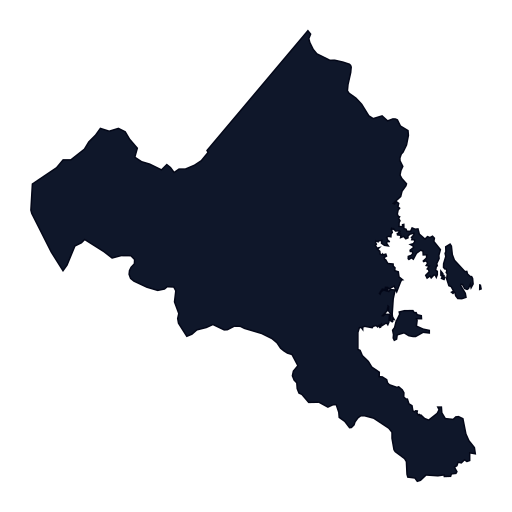 the district of Konawe Utara, Sulawesi Tenggara, Indonesia
{"feature_id": "22746128B68991025063444", "entity_name": "Konawe Utara", "entity_type": "district", "adm_level": 2, "iso_a3": "IDN", "parent_name": "Indonesia", "parent_adm1": "Sulawesi Tenggara", "projection": "natural_earth1", "projection_center": [122.267, -3.419], "detail": "fine", "context": "isolated", "style": "filled", "palette": "ink", "viewbox_px": 512, "rotation_deg": 0, "n_neighbors": 0, "source": "geoboundaries", "source_scale": "gbopen_adm2", "svg_char_len": 6104}
<svg xmlns="http://www.w3.org/2000/svg" viewBox="0 0 512 512"><path d="M63.0,270.7L67.0,265.1L74.9,246.0L81.4,242.8L84.7,239.5L104.0,251.7L112.1,258.0L121.1,255.6L130.9,255.7L134.6,259.5L134.4,263.8L131.1,267.3L129.5,270.6L129.1,274.3L130.6,278.4L133.9,281.1L146.9,287.2L157.7,290.4L164.5,289.0L167.2,286.7L173.8,287.0L175.8,290.8L174.5,301.9L178.8,313.5L177.7,318.5L178.5,323.2L186.8,336.3L191.9,334.2L196.8,329.9L206.3,327.5L212.9,324.5L224.2,329.9L227.4,329.7L234.2,326.2L240.3,326.3L244.5,328.4L261.7,333.5L272.0,338.6L277.0,342.8L280.6,348.2L283.8,350.8L287.4,353.1L292.0,354.5L297.9,365.7L293.4,371.1L292.4,375.8L294.2,380.2L296.8,382.8L297.2,388.6L299.0,393.1L301.9,394.4L308.7,402.4L318.9,402.2L327.9,407.1L332.8,404.8L336.2,404.6L338.8,412.3L339.2,417.4L344.8,421.4L349.6,427.7L351.4,427.5L354.0,424.9L355.0,421.9L357.9,417.9L360.7,415.8L364.7,415.8L373.7,418.2L388.8,428.2L392.0,432.2L392.0,438.3L394.0,449.7L395.2,451.6L404.6,458.6L406.4,461.6L407.0,474.3L407.8,477.1L414.9,478.0L417.3,481.3L420.5,480.3L426.1,475.0L437.9,475.8L444.0,474.9L444.3,476.5L450.6,476.3L451.4,473.9L455.9,473.4L456.9,471.7L454.4,467.2L456.9,465.7L458.1,462.2L461.3,462.9L464.5,459.8L466.9,461.5L469.7,460.5L469.7,452.8L475.3,453.8L474.4,447.6L468.9,440.7L465.9,434.0L462.9,418.7L458.5,416.6L455.8,416.9L453.2,419.4L445.3,418.6L441.8,412.8L441.4,407.1L437.8,407.1L439.1,409.7L437.2,413.4L428.7,420.1L424.6,418.5L421.1,415.2L419.8,416.5L420.4,415.2L419.2,414.4L418.2,415.1L416.9,412.9L417.3,411.0L415.6,410.8L414.6,411.7L412.9,411.0L412.0,405.7L408.9,403.8L407.4,399.1L405.9,399.0L403.7,397.0L403.9,392.8L402.3,389.9L398.7,386.8L396.9,387.4L389.3,384.7L387.5,382.8L386.7,379.7L382.3,376.9L379.2,376.7L379.3,372.2L371.8,367.1L368.3,361.4L362.3,355.6L360.1,350.4L357.9,349.4L357.9,332.4L359.4,327.6L361.4,327.6L362.7,329.4L362.7,327.1L364.7,326.3L372.2,327.7L373.1,326.3L376.1,325.5L377.7,326.9L379.0,325.3L379.8,327.4L380.6,327.1L380.5,324.7L381.4,323.9L381.9,325.7L385.5,323.4L386.9,323.3L387.8,324.7L388.9,322.1L389.5,314.4L385.0,314.2L383.2,315.9L382.4,315.7L387.1,310.9L388.0,306.0L388.7,306.6L388.5,310.8L391.2,314.4L390.2,318.1L390.4,320.6L392.2,321.8L392.8,321.2L392.4,319.1L394.1,319.5L392.5,316.8L392.2,314.0L393.2,298.9L395.1,290.0L390.3,289.6L388.9,291.6L383.6,290.1L381.1,291.8L380.1,294.1L379.4,293.3L382.2,289.1L388.0,289.8L387.7,288.2L385.3,287.9L385.4,287.3L387.9,287.4L389.3,288.7L394.1,286.1L396.7,291.8L400.5,282.0L401.5,280.0L402.6,279.8L399.0,276.9L398.3,271.8L394.7,270.6L395.0,267.8L393.2,266.1L393.1,264.0L387.8,263.5L385.7,259.8L384.7,259.5L384.2,257.5L386.5,256.1L385.8,254.1L382.9,254.9L382.6,254.1L382.0,254.9L380.1,254.0L379.8,251.3L377.5,249.3L379.2,247.7L377.2,248.2L375.3,245.5L376.4,244.2L375.5,242.6L376.0,240.8L378.1,241.8L378.4,240.9L381.9,240.5L381.5,243.2L384.4,245.3L388.3,245.9L386.4,243.0L387.4,241.5L389.8,241.7L387.9,240.5L386.6,237.4L388.3,236.3L390.9,236.8L391.1,233.8L392.3,232.5L391.3,229.1L391.8,228.2L393.0,229.3L393.6,228.7L395.5,231.0L399.4,230.7L399.9,231.3L398.8,232.3L399.8,233.1L397.3,233.6L397.5,234.9L400.9,235.3L400.6,237.6L403.6,236.4L405.8,238.8L408.0,237.8L407.8,236.3L409.8,234.2L413.9,233.2L413.9,234.8L411.5,237.5L412.3,238.2L411.8,239.7L414.5,239.8L414.7,241.8L413.3,243.7L410.4,244.5L413.0,245.9L413.6,247.5L410.1,250.2L410.3,251.5L412.2,251.5L412.9,253.3L411.4,255.3L408.3,256.4L408.2,258.7L408.9,259.4L411.5,257.8L413.3,259.2L416.5,253.2L420.6,250.2L423.0,251.1L423.2,254.9L426.7,254.8L426.5,258.0L423.3,261.0L423.8,261.6L425.4,260.8L427.1,262.0L427.5,263.5L426.2,265.5L429.2,266.2L427.2,268.9L428.5,269.5L429.2,271.7L425.7,275.3L427.1,278.1L430.1,275.9L431.2,277.9L434.1,274.8L435.4,275.4L436.3,277.3L437.3,274.7L437.3,271.3L435.6,270.3L436.3,266.5L437.3,265.8L436.7,263.6L439.1,258.5L438.8,255.5L440.4,249.6L433.8,241.4L434.4,238.2L432.5,236.2L429.9,237.6L427.5,236.6L425.0,239.1L419.3,234.1L418.0,228.9L415.1,229.2L412.1,227.9L410.6,231.3L406.9,231.3L406.0,229.2L403.9,228.6L403.8,224.4L402.5,224.7L402.5,226.8L399.0,226.4L399.1,222.6L400.0,220.8L398.6,218.5L399.6,216.8L398.3,216.3L397.3,214.1L398.1,210.0L399.6,208.2L397.9,206.8L398.7,203.4L396.7,201.9L394.7,204.0L393.2,203.4L400.7,196.5L402.0,191.2L405.9,185.8L406.5,183.8L401.8,178.5L400.0,175.1L400.9,170.5L402.8,166.4L400.0,160.8L399.9,158.0L401.3,154.0L403.0,152.2L406.5,145.0L408.4,135.4L408.0,130.6L400.4,126.0L397.4,119.9L395.5,119.0L392.9,118.9L387.6,120.9L382.1,115.9L373.2,118.6L368.8,115.8L361.7,104.3L355.9,98.1L349.0,93.2L347.4,90.8L348.0,84.5L350.7,72.5L351.2,67.1L350.6,65.4L349.4,64.2L343.0,62.1L334.7,60.2L329.9,60.3L316.8,53.8L313.2,49.4L309.8,42.5L308.8,38.6L310.6,34.1L307.9,30.7L207.0,150.5L208.1,152.4L201.3,160.7L194.5,165.2L185.3,169.1L179.0,169.1L174.1,172.5L170.5,167.6L166.8,164.6L161.5,169.9L149.7,164.1L141.6,161.7L134.8,157.2L137.3,148.2L129.5,139.1L125.2,131.8L118.4,128.4L109.2,131.2L100.4,128.4L95.6,135.1L88.8,141.9L84.4,149.2L70.8,159.9L63.1,159.9L56.6,167.7L32.4,184.0L30.9,210.1L31.8,213.5L51.3,252.1L63.0,270.7ZM464.9,271.6L454.4,260.2L452.3,254.6L451.4,246.1L450.1,244.1L445.7,246.8L445.9,251.5L445.1,253.4L445.8,256.4L443.6,263.7L443.5,267.4L444.9,269.0L446.2,269.0L446.8,270.9L446.2,272.6L447.3,273.7L446.7,278.8L448.9,285.7L451.2,286.6L453.6,291.1L451.5,292.2L453.0,293.4L454.3,292.1L455.0,292.7L455.7,295.8L457.8,298.5L461.8,298.7L466.0,297.3L465.3,293.3L460.6,285.5L461.1,284.3L462.5,284.5L464.7,288.5L467.1,289.4L468.5,288.5L470.3,284.0L471.1,287.7L473.1,284.0L472.6,278.5L471.6,276.6L470.2,276.5L467.5,274.0L466.8,271.4L464.9,271.6ZM412.9,310.6L404.4,310.7L399.2,312.0L399.7,314.2L395.9,322.1L394.6,327.6L392.6,330.2L393.5,334.6L393.2,338.0L394.3,340.3L396.6,339.1L397.2,334.9L404.1,332.8L408.8,335.7L413.0,336.5L415.6,336.5L423.1,332.3L429.3,333.0L429.3,330.4L423.1,329.1L416.4,326.1L417.1,320.5L416.4,318.7L421.5,318.7L421.3,315.7L417.1,314.7L416.1,312.6L414.3,312.7L412.9,310.6ZM444.0,279.5L445.0,277.4L444.0,277.2L444.0,275.5L443.1,275.2L441.5,278.4L444.0,279.5ZM442.4,276.5L442.9,273.7L440.9,271.2L440.9,275.4L442.4,276.5ZM481.1,288.9L480.4,285.2L479.8,285.0L479.7,289.4L481.1,288.9Z" fill="#0f172a" stroke="#020617" stroke-width="1.5"/></svg>